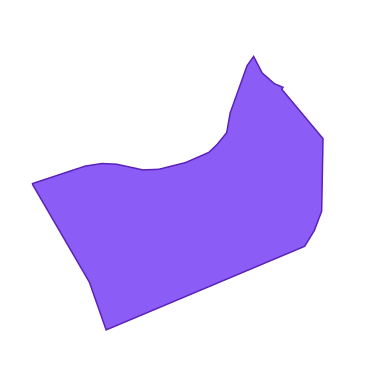 outline of Penal-Debe, rotated 65°
{"feature_id": "TTO-59", "entity_name": "Penal-Debe", "entity_type": "Region", "adm_level": 1, "iso_a3": "TTO", "parent_name": "Trinidad and Tobago", "parent_adm1": "", "projection": "robinson", "projection_center": [-61.471, 10.164], "detail": "fine", "context": "isolated", "style": "filled", "palette": "violet", "viewbox_px": 384, "rotation_deg": 65, "n_neighbors": 0, "source": "natural_earth", "source_scale": "10m", "svg_char_len": 468}
<svg xmlns="http://www.w3.org/2000/svg" viewBox="0 0 384 384"><g transform="rotate(65 192 192)"><path d="M95.2,78.9L99.1,78.7L113.8,78.1L128.6,71.6L135.6,65.3L136.9,67.2L199.0,50.7L264.2,82.6L278.6,97.4L288.8,112.8L280.7,328.1L230.4,323.1L118.3,333.3L116.9,333.0L123.4,277.7L128.2,261.4L134.8,248.8L151.2,227.2L157.3,212.8L162.6,185.5L163.2,159.9L159.6,149.3L152.9,135.5L136.5,124.0L100.8,88.7L95.2,78.9Z" fill="#8b5cf6" stroke="#5b21b6" stroke-width="1.5"/></g></svg>